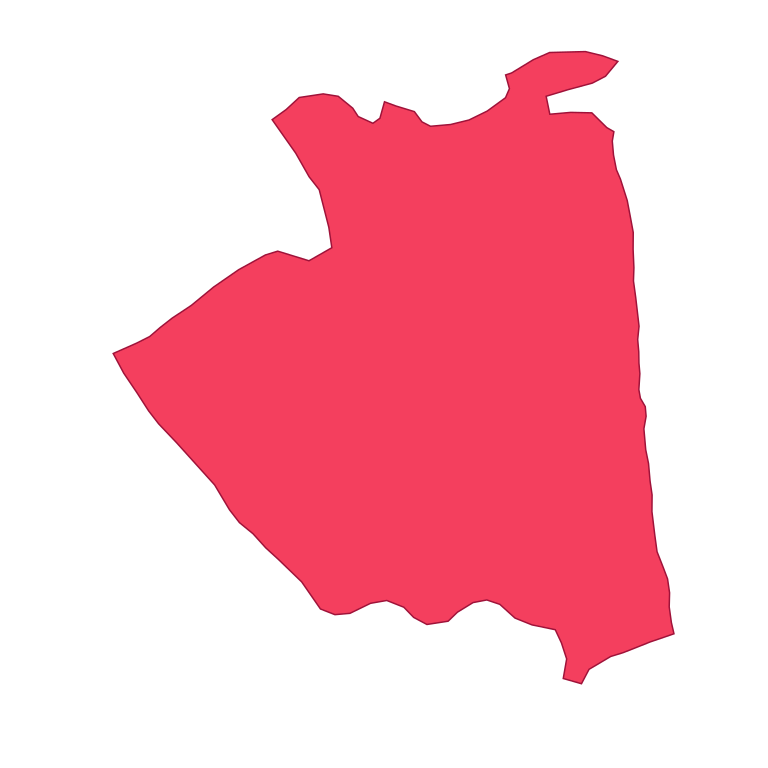 Charkeia, Cyprus (Equal Earth projection), rotated 175°
{"feature_id": "46923920B54371485006502", "entity_name": "Charkeia", "entity_type": "district", "adm_level": 2, "iso_a3": "CYP", "parent_name": "Cyprus", "parent_adm1": "", "projection": "equal_earth", "projection_center": [33.53, 35.309], "detail": "fine", "context": "isolated", "style": "filled", "palette": "rose", "viewbox_px": 768, "rotation_deg": 175, "n_neighbors": 0, "source": "geoboundaries", "source_scale": "gbopen_adm2", "svg_char_len": 1663}
<svg xmlns="http://www.w3.org/2000/svg" viewBox="0 0 768 768"><g transform="rotate(175 384 384)"><path d="M235.9,681.3L233.3,667.3L238.0,658.6L257.4,646.9L276.3,639.6L295.1,636.7L315.2,636.7L323.3,641.8L330.0,652.7L348.1,660.0L358.9,665.1L364.9,649.1L372.3,644.7L386.4,652.7L391.1,661.5L404.5,674.6L419.3,678.3L443.5,676.8L457.6,665.9L472.4,657.1L451.8,621.6L440.5,596.9L431.6,583.2L425.3,544.8L424.1,524.3L448.0,513.3L478.3,525.6L490.9,522.9L518.7,510.6L545.2,495.5L569.1,479.1L589.3,468.1L601.9,459.9L613.3,451.7L627.1,446.2L651.1,438.0L642.3,417.4L630.9,396.9L620.8,377.7L612.0,364.0L595.6,343.4L572.9,313.3L561.5,298.2L548.9,272.2L540.1,258.5L527.5,246.2L516.1,231.1L504.8,218.8L483.3,194.1L466.9,165.4L453.0,158.5L437.9,158.5L416.5,166.7L400.1,168.1L383.7,159.9L374.8,148.9L362.2,140.7L340.8,142.1L330.7,150.3L314.3,158.5L300.4,159.9L287.8,154.4L273.9,139.4L257.5,131.1L234.8,124.3L229.8,110.6L226.0,94.2L231.1,75.0L225.9,73.0L213.4,68.2L204.6,81.9L181.9,92.8L169.3,95.5L155.4,99.6L141.5,103.8L116.9,109.9L118.5,121.3L119.3,137.1L117.7,151.1L118.5,165.1L121.7,176.5L126.6,193.1L127.4,209.8L128.2,233.5L126.6,250.1L127.4,264.1L127.4,281.7L129.0,295.7L129.0,316.7L125.7,329.0L125.7,338.7L129.8,347.4L130.6,356.2L128.2,372.0L128.2,382.5L127.4,393.9L127.4,406.2L124.9,419.3L125.7,448.3L126.5,464.9L124.9,478.1L124.1,496.5L122.5,513.2L124.1,529.8L125.7,545.6L130.6,567.5L133.8,577.2L135.4,592.1L135.4,606.1L133.0,615.3L139.7,620.0L153.3,636.0L174.3,638.3L195.3,638.3L197.4,656.5L175.4,661.1L150.2,665.6L136.5,671.3L122.9,685.0L137.6,691.9L154.4,697.6L190.1,699.8L206.9,694.1L229.9,682.7L235.9,681.3Z" fill="#f43f5e" stroke="#9f1239" stroke-width="1.5"/></g></svg>